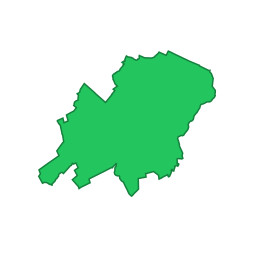 Ciumeghiu, Bihor, Romania, rotated 304°
{"feature_id": "2599482B64169644321077", "entity_name": "Ciumeghiu", "entity_type": "district", "adm_level": 2, "iso_a3": "ROU", "parent_name": "Romania", "parent_adm1": "Bihor", "projection": "robinson", "projection_center": [21.631, 46.706], "detail": "fine", "context": "isolated", "style": "filled", "palette": "green", "viewbox_px": 256, "rotation_deg": 304, "n_neighbors": 0, "source": "geoboundaries", "source_scale": "gbopen_adm2", "svg_char_len": 5629}
<svg xmlns="http://www.w3.org/2000/svg" viewBox="0 0 256 256"><g transform="rotate(304 128 128)"><path d="M203.8,182.1L203.9,181.5L204.5,181.2L206.0,180.6L207.8,179.5L207.9,179.4L208.0,179.3L208.9,176.7L209.4,175.2L209.5,174.8L209.7,174.6L210.1,174.3L216.3,171.1L216.6,171.0L216.9,170.6L219.5,167.0L219.7,166.6L219.8,166.4L220.0,165.0L220.1,164.7L220.3,164.5L221.6,163.7L220.9,163.1L219.4,152.5L219.9,152.2L218.3,144.5L217.8,141.8L215.4,126.0L214.9,122.2L214.9,121.9L214.3,118.4L209.6,119.0L209.0,115.4L208.9,115.0L208.5,112.8L208.3,111.3L207.2,111.3L206.7,111.3L202.9,110.3L201.4,110.0L201.1,109.9L200.1,109.2L199.3,108.5L198.6,107.6L197.6,105.9L197.0,105.0L196.4,104.2L195.9,103.2L195.7,102.8L195.3,101.8L195.2,101.1L195.0,99.9L195.0,99.6L194.8,98.8L194.6,98.1L194.4,97.7L194.6,97.0L194.5,96.8L193.8,97.1L193.3,97.4L192.8,97.8L192.5,98.2L192.2,98.3L191.9,98.4L191.7,98.4L191.4,98.3L191.2,98.2L190.9,97.7L190.7,97.6L190.2,97.5L189.7,97.5L189.3,97.5L189.2,97.4L188.8,96.6L188.4,94.7L188.6,92.9L188.5,92.5L188.3,92.1L188.4,91.8L188.4,91.6L188.4,91.4L188.3,91.2L188.2,90.8L187.9,90.5L187.6,89.9L187.5,89.4L187.3,89.0L187.0,88.7L186.8,86.4L186.1,86.5L185.3,86.6L182.9,87.2L182.6,87.4L182.1,87.9L181.8,88.0L181.6,88.0L181.3,88.0L181.2,88.0L181.1,87.8L181.1,87.2L179.1,86.3L178.9,89.1L178.4,89.0L178.0,89.0L177.9,88.8L177.8,88.6L177.7,88.6L177.4,88.7L177.1,88.8L176.7,89.1L174.1,88.7L173.1,88.6L172.5,88.5L171.1,88.9L170.7,88.9L170.4,88.8L170.2,88.6L169.7,88.2L168.7,87.6L168.0,87.3L167.4,87.4L166.9,86.8L166.7,86.7L166.2,86.8L165.7,86.7L165.5,86.3L165.4,86.2L165.2,86.1L164.5,86.1L163.3,85.8L163.0,85.8L162.8,85.9L162.4,86.2L161.7,86.8L161.6,87.0L161.5,87.4L161.2,87.6L160.9,87.8L160.0,88.3L159.9,88.5L159.8,89.1L159.7,89.2L159.4,89.4L159.3,89.5L159.2,89.6L159.1,89.9L158.7,90.8L158.2,91.4L157.3,92.7L157.1,93.7L156.7,95.7L151.9,94.0L151.6,96.2L146.9,95.7L146.8,96.0L136.6,95.1L138.2,82.8L138.4,81.2L138.6,80.9L140.4,66.9L133.3,66.9L130.9,67.8L129.8,67.6L128.8,67.2L128.5,67.0L128.0,66.6L127.9,66.7L127.6,68.1L127.5,68.6L127.1,68.7L126.3,69.2L125.3,69.6L123.2,71.0L122.3,70.3L121.8,70.0L121.2,69.7L120.9,69.6L120.3,69.4L119.6,69.3L118.6,69.5L117.9,69.9L117.6,70.0L116.9,70.4L116.3,70.4L116.0,73.8L115.5,73.8L115.2,73.8L111.9,73.6L111.3,73.4L110.7,73.0L107.5,71.3L104.4,69.7L103.6,70.6L100.4,74.4L96.6,72.0L99.8,68.5L94.7,65.3L94.2,65.5L93.4,67.4L93.0,68.0L92.8,68.5L92.4,70.3L92.2,70.5L91.6,71.2L91.2,71.5L88.4,74.5L85.8,77.1L85.8,77.3L85.7,77.6L84.6,78.7L80.6,82.4L80.4,82.5L79.8,82.3L79.4,82.1L69.2,81.8L66.5,86.3L61.5,84.4L54.5,81.7L54.3,81.6L43.5,77.6L42.0,79.7L41.1,81.0L38.0,81.0L34.8,87.2L34.4,88.1L36.0,88.9L36.1,89.0L36.9,90.4L37.3,91.2L37.4,92.0L37.4,93.0L37.3,93.4L37.4,93.8L37.6,94.0L37.5,94.8L38.0,95.6L37.9,96.4L38.2,97.0L39.3,96.4L42.6,97.1L43.2,97.1L44.0,97.1L45.2,96.8L45.6,96.9L46.2,97.2L46.7,97.3L47.7,97.2L48.1,97.2L48.8,97.4L49.2,97.4L49.5,97.2L50.3,96.7L50.7,96.6L51.1,96.6L51.6,96.7L53.8,97.5L54.0,97.8L54.3,98.3L54.3,98.7L54.2,100.0L54.7,100.0L61.6,101.0L64.3,101.3L64.7,101.6L65.1,101.8L65.6,101.9L66.1,101.9L67.3,101.7L67.3,101.8L67.6,101.9L67.8,102.1L67.6,102.9L67.6,103.0L68.7,103.6L69.2,104.0L69.8,104.6L67.1,108.9L63.0,107.3L60.2,112.5L54.0,110.8L51.7,119.6L50.4,121.3L52.7,122.2L61.4,127.2L63.8,124.3L64.1,124.4L64.6,124.5L79.3,132.8L82.3,134.4L86.8,137.0L86.6,137.2L91.8,138.0L91.9,138.4L91.3,138.6L90.8,138.8L90.0,139.4L89.6,139.5L88.2,139.4L87.8,139.4L87.4,139.5L86.3,140.4L86.1,140.5L85.4,140.9L84.9,141.1L84.1,141.3L83.7,141.4L83.4,141.7L83.1,141.9L82.7,142.4L82.4,142.7L82.2,143.2L82.1,144.1L82.1,144.8L82.3,145.6L82.4,146.0L83.0,146.9L83.3,147.4L83.3,147.8L82.9,148.3L82.1,148.9L81.6,149.3L81.3,150.0L81.1,150.4L80.6,151.9L80.5,152.6L80.5,153.2L80.5,153.8L80.7,154.3L79.4,156.4L78.7,157.6L77.7,159.3L76.4,161.7L75.8,162.7L75.0,163.9L73.9,166.0L73.8,166.9L73.6,168.3L73.5,169.0L74.1,169.3L75.0,169.5L76.3,169.6L77.8,169.8L79.8,170.3L83.2,170.9L91.8,164.8L92.1,165.0L93.9,166.8L97.4,170.4L100.0,168.2L106.2,173.6L105.9,179.7L103.0,182.3L104.9,183.5L107.5,184.7L111.5,187.0L110.8,187.8L110.5,188.1L110.3,188.5L110.2,188.7L110.2,188.9L110.3,189.0L111.1,189.5L111.5,189.3L113.1,189.2L113.6,189.1L116.0,188.5L116.7,188.0L116.9,187.6L117.1,187.5L118.0,187.4L118.2,187.6L117.9,188.2L117.8,188.8L117.6,189.3L117.6,189.5L117.8,189.6L118.0,190.0L120.1,189.2L121.2,189.0L121.5,188.9L121.8,188.7L122.0,188.6L122.4,188.1L123.4,188.8L124.1,189.4L124.1,190.4L124.6,190.7L125.7,190.6L126.4,190.3L126.6,190.1L126.7,189.8L126.5,189.5L125.8,188.9L125.9,188.6L126.2,188.4L126.8,188.2L127.3,187.9L127.9,187.4L129.2,186.4L129.8,186.0L131.1,187.1L131.6,188.5L132.2,189.1L132.4,189.6L132.4,189.9L133.4,190.5L135.1,188.6L135.7,188.2L137.7,187.4L138.0,187.0L141.6,181.0L142.0,180.6L143.2,179.7L144.4,178.3L147.0,175.1L147.3,174.9L148.0,174.7L148.6,174.6L148.9,174.6L150.3,175.6L151.0,175.8L151.6,176.2L151.7,176.5L151.8,176.8L151.9,177.2L152.2,177.6L152.9,178.0L153.5,178.2L154.7,178.1L155.4,178.1L159.5,178.5L160.2,178.4L160.6,178.4L161.4,178.1L162.2,177.9L162.8,177.7L163.2,177.3L163.7,176.8L163.9,176.5L164.4,176.0L164.9,175.8L165.6,175.7L167.4,175.7L167.9,175.8L168.2,175.9L168.6,176.1L169.4,176.9L169.9,177.1L170.4,177.2L170.9,177.3L171.4,177.3L172.4,177.1L173.6,176.5L174.3,176.3L174.8,176.1L175.9,176.1L178.2,176.2L179.0,176.5L179.5,176.5L180.6,176.4L182.3,176.3L183.7,176.3L184.4,176.3L184.8,176.2L186.6,175.6L187.2,175.4L187.8,175.4L188.4,175.4L188.7,175.6L189.1,175.9L189.5,176.4L190.3,177.0L191.5,177.7L192.3,178.1L193.9,179.0L194.5,179.8L194.8,180.4L195.3,180.9L196.1,181.6L197.2,181.9L199.4,182.0L201.6,182.5L202.5,182.4L203.7,182.2L203.8,182.1Z" fill="#22c55e" stroke="#15803d" stroke-width="1.5"/></g></svg>